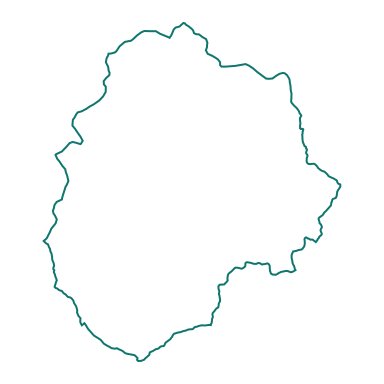 the district of Bji, Ha, Bhutan
{"feature_id": "84629894B12913884891089", "entity_name": "Bji", "entity_type": "district", "adm_level": 2, "iso_a3": "BTN", "parent_name": "Bhutan", "parent_adm1": "Ha", "projection": "orthographic", "projection_center": [89.176, 27.451], "detail": "fine", "context": "isolated", "style": "outline", "palette": "teal", "viewbox_px": 384, "rotation_deg": 0, "n_neighbors": 0, "source": "geoboundaries", "source_scale": "gbopen_adm2", "svg_char_len": 5939}
<svg xmlns="http://www.w3.org/2000/svg" viewBox="0 0 384 384"><path d="M335.9,197.8L336.1,197.1L336.6,196.3L337.0,193.5L337.2,192.0L337.3,191.6L337.9,190.3L339.3,188.4L340.3,186.7L340.3,184.8L340.2,184.4L338.5,183.8L337.9,183.3L337.3,182.1L337.0,181.0L336.8,180.5L336.3,180.1L335.0,179.4L334.1,178.7L331.5,177.6L329.0,176.4L328.1,175.6L327.5,174.5L325.2,172.3L324.3,171.6L321.8,170.8L320.3,169.8L318.1,168.0L317.0,166.2L314.8,164.1L314.3,163.9L313.4,163.8L311.4,163.9L310.8,164.1L308.7,164.0L308.4,163.9L307.4,163.1L306.9,162.3L306.6,161.2L306.8,157.8L307.4,156.5L307.5,155.5L307.4,155.0L306.4,153.7L306.1,153.1L306.3,151.8L306.8,150.3L307.0,149.5L306.2,148.6L305.9,146.8L305.7,146.6L304.7,146.3L304.4,145.7L302.9,142.1L302.6,140.2L302.4,138.0L302.4,136.1L302.2,134.6L302.6,133.5L302.6,132.0L303.3,129.5L303.2,129.2L302.8,129.0L302.1,128.8L301.0,129.0L300.3,128.6L300.1,128.4L300.1,125.3L300.2,124.6L300.4,123.9L300.4,123.5L300.1,120.9L299.9,118.2L301.3,115.7L301.1,115.3L300.4,114.1L299.8,113.5L299.4,112.8L299.3,112.1L298.6,110.7L296.9,108.3L296.0,107.4L294.8,106.3L293.6,105.1L291.5,102.6L291.1,101.1L291.4,98.1L291.4,96.5L291.5,93.6L291.2,92.1L290.8,90.8L290.5,86.2L290.3,84.6L289.9,83.1L289.7,81.6L289.7,80.2L289.2,78.8L288.5,77.5L287.0,75.1L284.7,73.3L283.0,72.9L279.6,73.8L276.6,75.5L272.5,78.5L268.7,78.8L266.1,78.6L257.5,72.2L253.2,68.5L249.3,65.8L245.6,64.1L235.2,65.9L225.7,66.6L221.4,66.6L220.1,65.1L220.1,62.3L218.0,59.5L215.6,57.8L212.4,55.9L207.7,53.8L205.9,50.3L207.0,47.1L207.0,45.4L207.4,42.8L206.1,39.1L202.6,37.2L199.0,34.4L196.2,34.2L194.0,33.2L193.2,30.6L192.2,29.3L188.6,26.3L185.9,24.7L184.8,23.3L183.4,23.0L180.9,25.2L179.6,26.5L175.5,27.6L173.6,29.7L172.4,32.8L171.0,35.8L169.9,37.2L169.6,37.8L166.5,36.4L160.1,33.8L155.9,31.2L150.3,31.2L144.4,31.0L141.5,32.2L137.2,35.3L133.6,38.7L131.1,40.7L124.8,41.9L119.6,46.3L116.4,51.2L114.8,52.5L110.7,53.6L109.4,53.6L108.5,53.7L108.1,55.5L106.6,58.2L105.9,62.2L106.8,64.2L108.1,66.6L108.7,70.9L109.6,72.7L109.3,75.2L106.2,78.0L103.7,81.1L103.9,84.4L105.8,86.7L105.7,91.9L103.1,96.4L99.1,100.6L93.5,104.5L89.9,106.4L86.4,108.8L81.7,111.3L77.7,112.4L76.3,114.2L74.5,117.6L72.9,119.7L72.4,125.6L75.2,129.0L76.6,131.2L80.7,137.0L82.7,140.8L80.9,143.8L80.3,144.1L75.5,142.6L72.5,142.0L69.6,143.1L66.4,146.8L61.9,151.5L56.1,154.2L55.5,154.9L57.3,158.9L59.5,161.5L62.3,165.8L65.3,169.3L65.7,171.7L67.1,175.5L68.4,181.0L66.9,184.6L65.6,186.7L62.4,196.8L61.9,199.5L56.7,201.9L54.5,205.0L53.9,208.1L52.9,210.8L53.5,213.4L55.1,215.8L56.8,219.4L55.6,223.4L51.3,228.7L49.9,232.1L46.7,238.3L43.7,241.0L45.0,242.3L46.2,243.4L48.0,244.4L49.0,247.1L49.9,248.7L50.2,250.3L50.6,251.9L51.4,253.2L52.1,256.9L52.2,259.2L52.6,260.7L53.4,262.4L53.9,264.3L54.1,265.9L53.3,267.9L53.3,269.1L54.3,270.2L53.8,272.0L54.5,273.5L55.0,275.0L55.4,276.6L56.0,278.0L56.8,280.4L56.1,281.9L54.6,286.9L55.7,288.0L57.4,288.6L58.8,289.9L60.3,290.6L61.8,290.9L63.0,292.5L64.2,293.7L65.6,294.4L67.8,296.9L70.4,297.5L71.8,298.6L73.5,300.9L73.9,302.7L74.7,304.1L75.7,305.6L76.5,307.4L77.3,310.6L77.0,312.3L78.4,315.8L80.5,318.3L80.3,320.2L80.3,322.0L80.9,323.6L81.9,325.3L83.4,324.1L84.4,323.2L85.5,324.6L87.5,328.0L88.3,329.2L94.0,335.6L99.6,339.1L100.7,339.9L103.8,343.6L105.3,344.6L108.3,346.3L109.3,346.7L111.6,348.2L114.3,348.6L115.9,348.6L116.9,348.2L119.4,349.6L120.9,350.1L122.9,351.2L125.2,353.2L127.7,353.9L133.8,355.0L134.9,355.4L137.4,357.9L137.5,358.7L137.0,359.8L138.2,361.0L141.0,360.9L144.3,359.6L144.8,358.8L148.6,355.5L149.5,354.5L149.5,353.1L150.1,352.2L152.7,351.1L155.7,349.3L156.5,349.0L157.9,348.8L159.1,348.0L160.2,346.8L162.0,346.1L163.4,346.1L164.3,345.6L164.5,344.8L165.4,343.0L166.2,342.2L170.3,339.2L171.3,337.7L172.2,336.8L172.6,335.6L173.3,334.6L174.2,333.6L175.0,333.5L178.3,332.4L179.5,332.4L184.0,330.9L185.8,330.6L187.0,330.0L188.9,329.4L192.3,329.2L193.0,328.9L194.1,327.7L195.0,327.0L196.6,326.8L198.7,326.0L201.1,325.4L201.9,325.3L204.2,325.5L205.8,325.4L208.3,325.0L209.7,325.0L210.8,325.1L210.9,324.0L211.4,323.5L211.7,322.7L212.1,319.0L212.8,317.1L212.8,316.2L212.4,314.6L212.7,313.1L214.8,310.6L215.6,309.4L216.8,308.2L218.2,307.4L218.7,305.1L218.8,303.5L220.0,301.3L220.1,299.5L219.7,297.5L219.5,295.6L219.1,294.8L218.9,293.9L219.3,291.6L219.3,290.9L218.6,289.3L218.4,286.4L218.9,285.5L219.8,284.7L223.4,284.5L224.2,284.4L224.8,283.9L225.3,283.2L226.9,281.7L227.7,280.3L227.4,278.5L227.9,275.0L228.7,273.6L230.0,272.5L231.4,271.5L234.8,268.0L235.9,267.6L236.9,267.7L238.0,267.8L241.1,268.6L241.7,268.7L243.1,268.1L245.0,266.6L245.3,266.0L245.4,263.5L246.0,262.6L247.1,262.2L251.0,262.9L253.6,263.8L255.9,263.9L256.9,263.7L258.0,263.0L258.4,263.0L259.8,263.2L261.8,264.4L262.3,264.5L263.3,264.2L265.1,264.0L266.0,263.7L267.6,263.4L269.0,264.4L269.7,265.9L269.8,269.2L270.1,271.3L270.5,272.1L270.8,273.3L271.2,273.8L272.8,274.6L274.1,274.6L275.5,274.8L276.2,274.6L277.6,273.8L278.8,273.0L281.2,271.9L285.7,271.0L286.7,270.9L287.4,271.0L288.7,271.4L290.5,272.2L291.2,272.2L293.0,271.6L295.5,270.1L294.8,268.9L294.2,266.4L292.6,263.3L292.2,260.4L291.6,258.0L291.6,255.4L291.9,254.2L293.1,251.5L294.0,251.3L294.9,251.2L297.1,250.6L299.1,249.9L301.2,249.6L301.9,249.3L302.5,248.7L303.3,247.7L304.2,246.4L304.4,245.8L304.8,243.6L304.7,240.9L304.5,239.7L304.5,239.3L304.6,238.8L305.1,238.0L305.5,237.6L306.0,237.4L306.5,237.5L307.4,238.3L307.9,238.5L308.7,238.6L310.4,239.7L312.1,239.5L312.7,239.7L314.1,240.8L315.2,241.5L315.8,242.1L316.8,241.0L317.2,240.4L317.6,239.3L318.8,238.0L319.0,237.4L319.4,236.6L320.6,235.7L321.2,235.1L321.5,234.8L321.8,233.8L321.4,232.7L320.7,231.1L320.6,230.5L320.6,229.9L320.8,229.2L321.8,227.5L321.9,227.1L321.8,226.7L321.0,224.6L320.5,224.0L319.9,223.6L319.6,223.2L319.4,221.6L318.6,219.2L318.7,218.3L318.9,217.9L319.2,217.6L322.5,215.2L323.6,213.8L324.0,212.9L324.6,212.2L325.8,211.2L330.8,205.6L331.2,203.9L331.4,202.5L331.9,201.5L332.4,199.5L332.6,199.2L333.1,198.9L334.9,198.3L335.9,197.8Z" fill="none" stroke="#0f766e" stroke-width="2"/></svg>